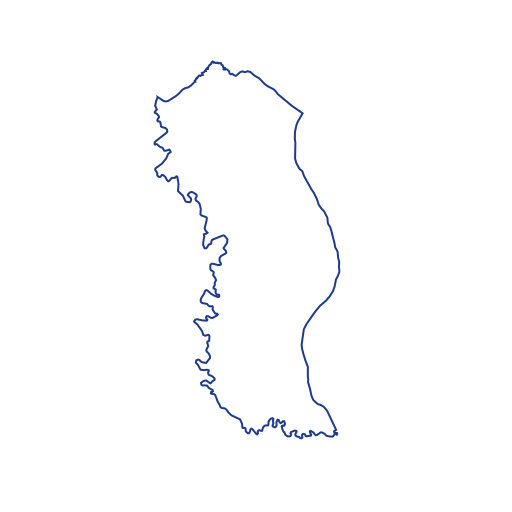 outline of Nong Na Kham, Khon Kaen, Thailand, rotated 222°
{"feature_id": "78962969B54012072717809", "entity_name": "Nong Na Kham", "entity_type": "district", "adm_level": 2, "iso_a3": "THA", "parent_name": "Thailand", "parent_adm1": "Khon Kaen", "projection": "orthographic", "projection_center": [102.317, 16.814], "detail": "fine", "context": "isolated", "style": "outline", "palette": "blue", "viewbox_px": 512, "rotation_deg": 222, "n_neighbors": 0, "source": "geoboundaries", "source_scale": "gbopen_adm2", "svg_char_len": 6136}
<svg xmlns="http://www.w3.org/2000/svg" viewBox="0 0 512 512"><g transform="rotate(222 256 256)"><path d="M389.3,254.0L389.1,253.2L388.3,252.5L384.9,251.6L383.5,250.0L382.6,249.7L381.2,249.8L380.2,250.6L380.0,251.2L380.1,253.3L379.2,254.0L376.5,254.1L372.8,252.8L371.2,252.8L370.8,253.5L370.8,257.8L368.6,259.7L368.5,261.9L367.6,262.3L361.9,257.8L357.3,252.0L350.8,251.9L345.3,249.6L344.3,249.5L341.0,251.8L341.1,252.9L341.8,254.4L342.7,255.2L347.3,255.6L347.8,256.4L347.6,259.1L346.9,260.3L345.8,261.0L342.3,261.7L341.0,261.6L340.0,260.7L339.5,258.5L339.0,257.7L337.4,257.0L335.1,257.5L332.5,256.8L328.6,254.1L325.2,249.8L323.7,249.6L319.1,251.5L318.1,251.5L316.3,249.0L312.7,242.2L310.5,241.1L307.6,240.8L307.8,239.5L309.2,237.5L309.1,236.9L307.2,235.8L306.3,233.7L302.9,229.0L299.5,227.4L298.8,227.7L298.1,228.6L298.7,233.0L297.6,235.1L299.2,237.5L299.4,238.8L294.6,248.6L293.9,249.6L293.0,250.0L288.4,249.3L286.3,246.5L285.4,240.2L284.5,239.8L282.0,239.7L280.3,238.5L280.3,237.5L282.0,232.6L281.7,230.2L279.9,228.0L276.8,226.7L276.5,226.2L276.9,225.1L278.6,223.6L282.2,221.8L283.8,220.6L284.0,219.2L283.0,217.6L281.0,215.7L279.9,215.3L278.1,215.8L276.8,215.7L276.3,215.4L274.9,213.0L272.2,212.6L269.5,211.4L268.9,208.8L267.0,206.5L266.7,204.5L266.1,203.7L263.4,204.1L261.7,201.9L260.5,201.2L259.1,201.2L257.5,202.5L256.3,201.3L256.4,200.5L257.2,199.8L260.8,198.5L263.9,197.9L269.0,197.9L270.2,197.3L270.5,195.7L269.4,193.5L268.6,188.4L267.9,186.6L266.5,185.1L264.6,185.0L260.3,187.6L258.2,187.3L256.7,187.6L254.8,189.5L253.9,189.1L252.4,187.2L249.1,186.2L247.7,186.0L246.1,187.2L245.2,186.9L245.2,185.8L246.9,180.8L248.2,179.9L251.2,179.3L252.4,178.3L252.0,176.8L251.4,176.4L249.5,176.1L249.2,175.5L249.4,174.9L252.6,172.4L257.8,169.4L258.5,167.7L258.3,166.0L257.5,165.7L253.9,165.9L247.4,164.5L245.5,163.9L242.3,162.1L240.5,162.7L238.6,165.6L237.6,165.6L236.9,165.2L234.1,161.7L234.1,161.1L234.8,160.1L234.5,159.2L231.1,157.0L230.6,154.1L229.7,152.5L228.8,152.1L226.0,151.9L223.9,151.2L222.7,150.4L221.9,149.1L221.5,143.1L225.0,141.0L226.7,140.7L228.5,140.9L229.7,140.3L230.5,138.7L229.9,137.3L229.2,136.5L226.4,136.3L221.2,134.4L218.5,136.2L216.6,138.4L214.9,139.5L214.2,139.1L213.6,137.2L211.9,136.2L211.2,136.2L208.7,137.2L206.6,137.4L205.2,137.3L204.3,136.9L203.9,136.1L204.7,133.5L204.5,131.8L204.8,130.8L209.9,130.1L211.3,128.2L212.0,124.9L210.5,123.8L209.2,123.9L207.3,125.8L205.4,127.0L203.1,126.3L198.6,127.3L197.5,126.7L197.5,126.1L198.3,124.8L197.7,123.8L197.2,123.7L194.8,125.3L193.3,125.4L186.9,122.1L183.8,121.2L181.6,120.1L179.7,120.1L177.6,121.7L176.2,122.0L174.8,122.0L171.4,121.2L167.6,121.2L158.6,123.9L154.1,122.0L151.3,119.4L150.6,119.4L149.6,120.6L148.5,120.9L146.1,118.8L143.5,118.8L142.8,119.3L142.6,120.4L144.0,123.3L144.0,124.6L142.7,124.9L136.4,123.9L135.8,124.3L135.9,125.6L137.2,126.6L137.5,127.7L137.0,128.8L135.3,129.4L134.6,130.1L134.7,130.8L136.0,133.0L136.1,135.2L135.6,136.4L133.7,138.2L133.9,138.9L135.7,141.1L136.2,142.6L136.1,145.1L135.3,146.5L134.1,146.6L132.8,144.4L131.2,143.4L130.2,140.9L129.6,140.6L127.9,141.0L127.0,141.8L127.1,143.2L127.6,144.2L129.8,146.4L130.4,148.8L129.4,149.3L127.1,148.2L125.9,148.3L125.5,149.0L125.5,151.1L124.5,152.1L122.3,150.7L121.7,149.9L121.7,148.3L122.4,148.2L122.9,147.3L122.5,146.2L120.1,144.7L117.7,143.8L117.0,144.0L114.6,142.8L112.2,143.0L110.4,144.3L109.9,145.0L110.3,146.8L111.7,147.3L112.2,148.4L110.4,152.2L109.2,153.0L108.6,152.9L108.2,152.4L107.6,149.9L106.4,149.0L104.6,149.3L103.0,150.4L101.6,150.2L100.3,150.8L100.0,152.0L102.1,153.9L102.1,155.2L101.4,155.8L100.1,156.2L98.7,155.5L98.1,155.6L95.0,159.3L95.5,160.3L97.2,160.7L98.4,161.4L98.7,161.9L98.5,162.6L94.9,163.3L93.1,162.7L91.4,163.0L90.9,163.6L89.9,168.2L89.4,168.7L88.2,169.3L85.7,169.8L83.8,169.5L82.0,170.2L78.4,172.8L78.1,173.6L78.3,176.5L77.6,177.3L76.4,177.3L76.5,178.0L77.3,178.6L79.4,177.1L79.8,177.2L80.7,177.9L80.1,180.4L99.4,188.5L103.7,189.2L105.4,189.2L108.5,188.5L110.9,187.3L116.6,187.3L118.5,187.9L121.9,189.7L126.5,193.1L132.9,197.1L134.4,199.0L137.0,201.3L143.3,208.3L148.6,211.0L155.2,214.9L159.4,217.7L162.6,220.4L171.4,233.5L173.0,239.5L174.8,254.5L175.1,261.9L174.1,269.4L174.2,275.2L175.3,281.4L177.2,286.0L180.8,292.0L181.8,295.9L183.3,299.7L184.6,301.2L187.1,303.4L190.0,307.1L194.0,309.8L197.8,313.4L199.1,314.2L202.9,315.4L205.9,317.8L217.1,325.3L220.2,327.1L223.3,327.9L224.8,328.7L228.6,332.2L235.0,334.7L239.0,335.0L243.5,336.0L249.1,339.2L255.5,341.7L259.0,342.5L270.2,346.3L273.8,347.6L278.6,350.1L281.4,349.8L283.7,350.4L288.5,352.2L292.1,354.5L302.6,366.6L305.5,369.0L310.1,374.3L313.5,380.3L314.8,383.6L316.8,393.2L329.9,391.6L348.3,390.9L351.5,391.6L354.3,391.7L361.0,390.0L364.7,389.6L372.5,390.2L378.0,389.0L383.6,389.0L384.0,388.5L385.8,387.8L386.8,385.8L387.8,384.8L389.6,384.2L390.8,382.0L391.3,377.2L391.7,376.3L393.5,375.6L395.7,375.4L396.3,374.1L397.0,374.0L397.9,374.1L399.4,375.2L402.0,375.3L403.9,374.6L403.7,373.8L404.8,373.0L405.1,373.0L405.4,374.8L406.3,374.3L407.0,374.4L408.2,375.4L409.7,375.0L410.9,375.9L411.5,375.6L412.8,374.1L413.4,374.2L413.7,373.8L414.3,373.7L414.6,372.8L415.6,372.2L416.5,372.2L416.9,371.3L417.6,371.3L418.0,371.6L418.5,371.4L418.4,369.6L417.9,369.1L418.3,366.3L417.9,364.7L418.0,363.5L417.3,363.6L416.8,362.9L417.0,362.5L418.1,361.9L417.9,360.5L417.0,359.9L417.9,359.1L417.6,357.7L418.6,355.8L416.7,355.0L417.7,353.9L417.7,352.7L418.9,352.3L419.2,351.8L418.9,350.7L419.1,349.8L418.8,349.5L419.1,349.0L418.7,348.4L418.8,347.8L419.2,347.6L418.6,346.1L418.8,345.3L417.7,344.8L418.1,343.9L418.4,339.1L419.2,335.9L420.9,333.5L421.9,330.4L422.0,324.9L422.6,321.0L425.1,312.2L426.6,310.4L428.4,309.4L435.6,308.3L435.1,307.9L434.1,304.7L431.5,300.2L427.7,298.5L427.7,295.6L427.1,294.8L424.7,295.3L421.5,294.8L420.9,294.3L420.7,291.9L419.9,290.6L419.0,290.4L417.6,291.5L416.7,291.5L413.3,288.7L412.1,288.9L409.0,290.5L406.8,290.4L405.3,289.3L404.9,288.2L407.4,273.8L407.2,272.5L406.3,271.4L405.5,271.3L405.0,272.3L404.2,272.8L400.5,272.8L397.8,273.9L394.7,272.9L393.5,273.8L391.6,277.0L390.4,276.9L389.0,276.2L389.6,273.2L388.0,268.4L387.7,261.6L389.3,254.0Z" fill="none" stroke="#1e3a8a" stroke-width="2"/></g></svg>